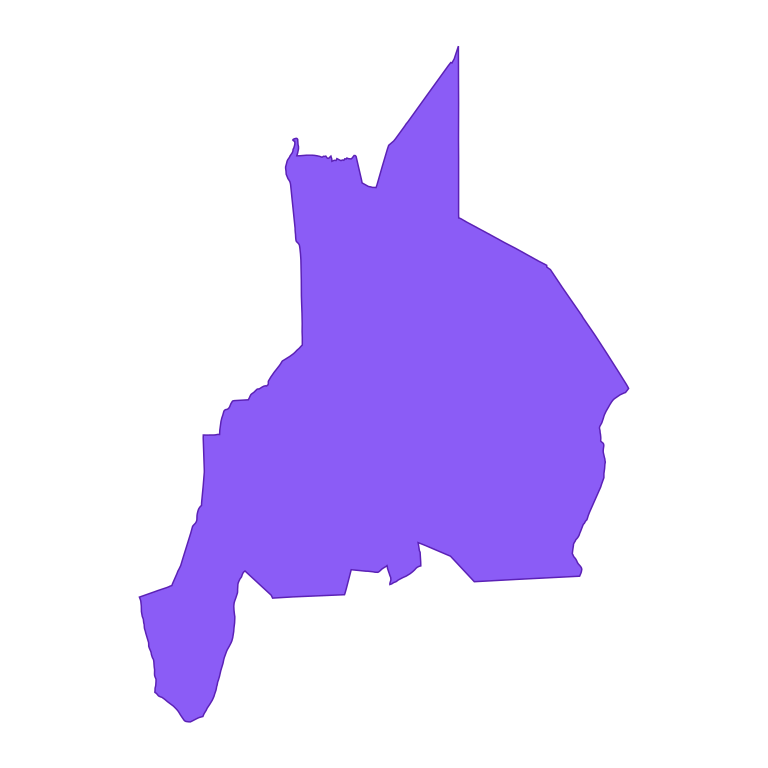 outline of Wajir North, North-Eastern, Kenya
{"feature_id": "3690345B77349779921322", "entity_name": "Wajir North", "entity_type": "district", "adm_level": 2, "iso_a3": "KEN", "parent_name": "Kenya", "parent_adm1": "North-Eastern", "projection": "equal_earth", "projection_center": [39.341, 2.99], "detail": "fine", "context": "isolated", "style": "filled", "palette": "violet", "viewbox_px": 768, "rotation_deg": 0, "n_neighbors": 0, "source": "geoboundaries", "source_scale": "gbopen_adm2", "svg_char_len": 6125}
<svg xmlns="http://www.w3.org/2000/svg" viewBox="0 0 768 768"><path d="M474.3,581.7L516.6,579.4L579.6,576.2L580.9,573.2L581.3,572.0L581.6,570.5L581.8,569.2L581.4,567.8L580.6,566.5L579.5,565.2L578.4,564.0L577.4,562.5L576.7,560.8L575.9,559.3L575.1,558.2L573.8,556.7L573.3,555.7L572.9,554.7L572.3,553.7L572.8,549.5L573.4,545.6L573.5,544.2L574.2,542.7L575.2,541.1L575.9,539.6L576.9,538.6L577.8,537.5L579.0,535.5L579.8,533.1L580.8,530.8L582.9,525.3L583.5,524.1L584.3,523.4L585.5,521.2L586.2,520.4L586.8,519.9L587.2,519.0L588.3,515.4L589.5,512.3L600.7,487.0L601.5,484.4L603.9,477.7L603.9,475.3L603.9,473.6L604.6,468.6L604.9,464.2L605.3,462.1L605.0,460.6L604.8,458.7L604.4,457.4L603.3,452.5L603.2,451.1L603.3,449.3L603.8,445.8L603.7,444.5L603.4,443.6L602.7,442.8L600.9,441.4L600.7,440.6L600.8,438.2L600.7,436.5L600.5,434.5L600.1,432.4L600.0,430.7L599.5,428.4L599.5,427.4L599.8,426.4L601.8,422.8L603.3,418.4L603.8,416.6L604.4,414.8L606.1,411.2L608.9,406.4L609.7,404.9L611.6,401.9L612.8,400.3L614.3,398.8L620.1,394.8L623.8,393.1L625.5,392.5L627.0,390.6L628.6,388.5L628.2,387.6L626.4,384.4L618.5,371.8L607.2,354.0L595.2,335.5L583.0,317.7L581.8,315.6L562.2,287.3L550.4,269.6L546.8,267.1L546.7,265.3L538.2,260.9L515.7,248.4L504.5,242.6L491.4,235.4L466.5,222.0L461.2,218.9L459.5,218.1L459.1,217.9L458.7,217.9L458.6,213.7L458.6,177.9L458.6,157.5L458.5,139.4L458.6,103.3L458.5,79.7L458.4,46.1L454.2,58.9L451.9,63.0L450.8,62.5L448.3,65.7L427.0,95.2L407.9,121.8L406.0,124.1L405.0,125.7L395.4,138.9L393.7,141.0L388.7,145.3L387.4,149.1L382.3,166.3L377.0,184.8L376.0,187.6L374.3,187.4L372.4,187.4L370.8,186.9L369.6,186.7L368.3,186.4L362.1,182.9L361.6,180.3L356.1,156.5L355.3,155.6L354.1,155.5L351.9,158.3L351.1,158.9L348.8,158.7L347.9,158.5L346.9,158.0L346.1,159.0L344.8,158.8L343.8,160.3L343.2,160.1L342.3,160.0L341.3,160.5L340.6,160.5L336.9,158.6L336.1,160.5L334.3,160.3L331.9,161.3L331.8,159.1L330.9,156.1L330.1,156.8L329.5,157.6L328.5,158.3L327.6,158.3L326.9,157.7L325.8,156.1L324.7,156.4L323.4,156.3L322.7,156.9L321.9,157.2L319.8,156.4L317.1,155.8L314.6,155.4L312.1,155.2L306.6,155.2L299.4,155.8L296.8,155.8L297.6,153.2L298.5,148.9L298.5,146.6L298.0,144.4L297.7,139.4L297.1,138.6L296.2,138.3L294.4,138.8L293.3,139.3L292.8,140.0L293.6,140.9L294.7,141.3L294.8,142.6L294.9,143.6L294.5,145.6L293.8,148.0L293.1,149.3L292.9,151.0L292.6,152.0L291.9,153.3L290.0,156.0L289.5,157.2L287.7,159.8L287.1,161.1L286.6,163.2L285.8,166.2L285.6,166.9L285.6,168.2L286.0,171.2L286.2,174.3L288.0,178.7L288.2,179.0L289.2,180.5L289.8,181.5L290.3,183.1L290.6,184.7L291.5,193.5L293.7,214.8L295.1,228.4L295.1,229.9L295.3,232.5L295.5,234.2L295.7,237.9L296.0,240.4L296.1,240.7L296.4,241.5L298.3,243.4L299.1,244.5L299.3,244.9L299.6,246.3L299.9,248.2L300.5,254.0L300.8,258.5L300.9,260.1L301.3,280.5L301.4,295.7L301.6,302.4L302.0,313.2L302.2,323.7L302.1,331.6L302.3,337.3L302.3,345.0L301.1,346.2L299.1,348.4L297.1,350.1L295.0,352.3L293.6,353.6L289.8,356.4L282.5,360.9L282.1,361.3L280.5,364.0L279.3,365.7L274.1,372.3L270.7,377.2L268.4,381.1L268.3,381.5L268.3,383.8L268.2,384.3L267.7,385.1L267.0,385.5L266.7,386.0L266.2,386.0L265.4,385.8L263.8,386.2L262.2,387.0L259.4,388.8L259.0,388.9L257.7,389.0L257.1,389.2L256.1,390.1L253.9,392.3L251.9,393.7L250.9,394.6L250.1,396.1L249.3,397.9L248.3,399.8L234.5,400.6L232.9,400.9L232.6,401.1L232.3,401.4L230.9,403.7L229.6,406.9L228.8,408.1L228.3,408.6L227.5,409.2L226.8,409.4L225.7,409.6L224.9,410.0L224.1,410.8L223.7,411.8L222.8,415.1L221.8,418.0L221.4,419.7L221.0,421.3L219.8,430.2L219.6,434.5L217.8,434.4L215.3,434.9L213.5,435.0L210.8,435.0L207.4,435.1L203.3,435.0L203.2,437.8L204.3,470.1L204.3,472.2L203.2,485.8L201.6,502.7L201.5,505.5L200.5,506.3L199.5,507.6L198.6,509.1L198.1,510.5L197.6,512.3L197.2,514.2L197.0,515.7L196.9,519.4L196.7,520.6L196.4,521.4L196.0,522.3L195.4,523.2L193.5,525.2L192.6,526.3L192.5,526.7L190.7,533.2L183.2,557.3L180.7,565.6L179.0,569.1L177.9,571.1L177.0,573.5L172.6,583.5L171.8,585.6L170.1,586.1L169.2,586.6L167.0,587.5L157.7,590.6L155.0,591.6L139.4,597.1L140.4,599.7L140.8,601.2L141.3,605.9L141.4,610.3L141.4,611.4L141.6,612.7L142.3,616.5L143.3,619.1L143.7,622.7L144.2,624.6L144.3,627.1L144.5,628.6L145.4,631.5L145.7,632.9L146.5,635.6L147.4,638.6L148.6,642.6L148.7,644.5L148.7,646.1L149.2,647.8L150.9,651.8L151.2,653.1L151.4,654.5L152.0,656.4L152.5,657.8L153.2,659.0L153.5,659.8L153.7,660.7L153.9,662.4L154.0,664.2L154.2,666.9L154.6,669.8L154.5,673.9L154.6,675.4L155.0,676.8L155.9,678.9L156.0,679.2L156.0,679.7L156.0,681.4L155.8,684.7L155.6,686.2L155.3,687.2L155.1,688.1L155.0,690.9L154.9,691.8L154.9,692.4L156.4,693.4L158.5,695.9L160.3,696.8L161.9,697.3L164.7,699.3L167.5,701.7L173.4,706.1L176.0,708.7L177.7,710.6L179.0,712.5L180.3,714.7L181.7,716.8L184.2,720.4L185.1,721.1L186.1,721.5L188.4,721.8L190.3,721.9L191.8,721.2L196.8,718.6L198.3,717.9L199.5,717.4L202.9,716.5L203.5,715.0L204.2,713.5L206.2,710.3L207.1,708.3L209.9,704.1L212.2,700.3L213.0,698.6L214.0,696.3L214.5,694.5L216.0,690.1L216.4,688.2L216.6,686.7L217.1,685.2L217.7,682.0L218.4,680.1L219.5,676.3L220.8,670.6L223.0,663.3L223.8,659.4L224.3,657.6L226.5,651.5L227.3,649.7L229.3,646.2L231.1,642.7L231.9,640.8L232.7,637.8L233.7,631.6L234.0,627.7L234.6,622.9L234.8,618.3L234.8,616.6L234.5,614.7L234.0,610.3L233.8,606.3L234.0,604.1L234.2,602.7L234.7,601.0L235.9,597.7L237.2,593.7L237.5,592.7L237.6,591.1L237.6,589.5L237.8,586.0L237.9,584.3L238.2,583.0L238.7,581.7L239.9,579.1L241.5,576.9L241.9,575.7L242.3,574.5L242.8,573.4L243.6,572.1L245.0,571.0L271.2,595.2L272.6,598.1L292.8,596.9L344.5,594.7L344.9,593.6L346.3,588.7L351.2,569.7L366.1,571.2L367.6,571.2L373.0,571.8L375.0,572.2L377.6,572.3L378.4,572.1L379.5,571.3L382.2,568.8L383.6,567.9L386.1,566.4L387.0,565.6L387.3,566.5L387.5,568.3L388.6,571.7L389.3,573.6L389.7,575.0L390.7,577.5L390.9,580.0L390.3,581.9L389.9,583.3L389.9,584.5L391.4,584.0L392.5,583.4L393.6,582.6L395.0,582.1L396.6,581.4L397.5,580.5L398.8,579.7L403.0,577.5L406.2,576.1L410.1,573.7L411.8,572.4L413.0,571.4L414.7,569.8L416.0,568.3L417.2,567.3L419.2,566.3L420.8,565.9L420.7,562.0L420.1,552.2L419.4,550.7L418.6,545.5L418.1,542.6L423.7,544.8L450.5,556.2L474.3,581.7Z" fill="#8b5cf6" stroke="#5b21b6" stroke-width="1.5"/></svg>